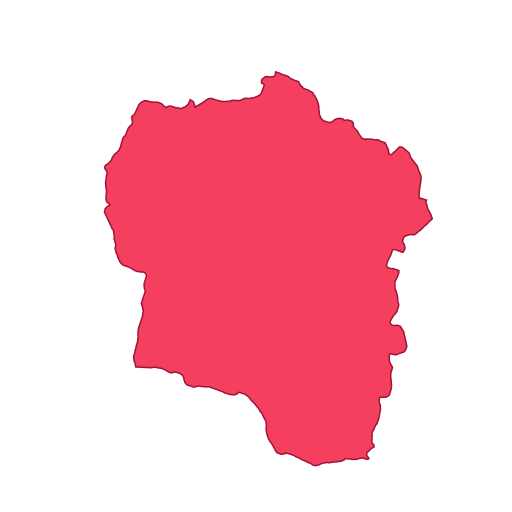 Atenas, Alajuela, Costa Rica, rotated 288°
{"feature_id": "36466004B19113363200971", "entity_name": "Atenas", "entity_type": "district", "adm_level": 2, "iso_a3": "CRI", "parent_name": "Costa Rica", "parent_adm1": "Alajuela", "projection": "mercator", "projection_center": [-84.397, 9.98], "detail": "fine", "context": "isolated", "style": "filled", "palette": "rose", "viewbox_px": 512, "rotation_deg": 288, "n_neighbors": 0, "source": "geoboundaries", "source_scale": "gbopen_adm2", "svg_char_len": 6081}
<svg xmlns="http://www.w3.org/2000/svg" viewBox="0 0 512 512"><g transform="rotate(288 256 256)"><path d="M361.9,400.9L361.8,394.0L361.1,393.9L361.3,393.3L365.0,392.0L373.0,390.4L379.3,389.4L382.3,388.5L384.1,387.5L387.5,384.3L391.5,381.5L397.5,372.6L401.3,369.8L403.0,365.8L404.2,362.8L404.6,360.6L404.2,358.9L400.2,356.7L398.2,355.9L397.0,354.8L395.8,354.4L394.4,353.5L394.0,352.6L394.0,351.1L398.5,348.7L398.8,348.2L399.4,348.0L400.0,346.9L401.6,345.8L403.6,343.8L403.7,338.1L404.1,337.7L404.1,335.6L403.0,332.4L402.9,330.3L401.4,324.8L401.2,324.2L400.6,323.9L400.7,320.5L403.6,316.5L406.1,313.9L408.5,309.4L410.8,307.8L412.2,307.7L413.8,305.5L413.8,301.2L412.4,298.3L412.4,297.5L413.1,296.8L412.9,293.3L412.1,291.4L411.0,289.8L409.8,288.6L407.2,287.1L405.9,285.2L405.5,283.9L405.5,278.1L407.0,275.5L407.1,274.9L408.8,274.0L409.0,273.4L412.0,271.7L412.7,271.7L414.2,270.6L414.9,270.6L415.3,270.3L417.3,269.7L418.4,268.9L419.1,268.8L423.9,265.2L425.8,262.9L426.7,262.3L427.1,261.0L428.9,259.5L428.9,258.8L429.3,258.2L429.3,256.1L430.0,254.8L430.0,249.8L430.8,247.9L431.4,247.6L431.9,245.7L433.0,244.8L433.7,243.6L435.0,242.6L435.0,237.5L435.4,236.2L435.4,234.0L436.8,230.9L436.8,223.7L437.2,222.3L437.2,217.8L433.1,218.5L432.0,217.1L431.9,216.7L431.5,216.5L431.0,214.8L430.6,214.3L429.9,210.3L429.2,209.3L426.9,207.9L426.7,207.5L425.9,207.2L423.6,207.2L422.5,207.7L422.1,208.2L422.0,210.1L421.2,210.9L420.4,211.1L411.8,210.7L409.5,209.3L405.8,205.0L405.2,203.5L403.9,201.4L402.5,196.4L400.1,194.2L398.6,192.2L398.3,190.6L398.0,190.3L397.8,189.0L397.0,186.5L396.9,185.6L395.1,183.0L394.5,181.8L394.2,180.5L392.8,177.9L392.8,176.6L392.4,175.3L392.1,172.6L392.1,165.3L391.9,164.0L390.6,161.9L389.8,161.2L384.3,157.0L381.0,154.0L378.8,152.3L379.2,151.7L380.4,151.2L380.6,150.8L382.7,149.4L383.6,148.1L384.3,145.2L379.0,144.6L378.0,143.7L375.8,142.6L374.7,140.8L374.2,140.6L373.2,139.4L372.9,138.3L372.9,136.5L372.3,134.6L372.3,129.0L371.7,127.2L370.9,125.9L369.4,124.8L369.9,122.5L371.7,119.1L371.9,115.3L370.1,108.7L369.8,103.5L369.1,101.8L366.9,99.5L363.9,97.9L353.8,96.8L350.4,94.9L348.5,95.1L348.0,95.7L345.0,97.2L342.5,97.4L341.6,96.5L338.4,95.1L330.0,94.5L329.2,93.8L327.1,93.0L320.4,93.2L318.7,93.4L315.0,93.2L311.8,91.9L308.7,89.8L307.3,89.6L305.6,88.9L302.6,88.9L298.6,87.2L295.8,84.8L293.5,84.6L292.4,85.3L290.7,87.7L289.1,88.7L284.5,89.2L280.4,90.2L278.9,90.3L277.0,91.3L275.6,91.7L272.3,93.5L270.1,94.2L268.4,94.4L263.1,96.0L260.9,97.9L260.4,100.0L259.8,101.1L259.0,101.0L258.1,100.0L254.7,98.0L250.9,98.3L238.5,110.0L238.0,110.1L236.7,112.0L235.8,112.7L230.9,115.2L227.8,115.9L227.1,116.8L224.4,118.4L223.7,119.1L222.4,119.5L220.2,119.5L219.6,119.7L219.3,120.2L218.0,120.6L217.3,121.3L215.5,122.1L215.2,122.7L213.9,123.9L211.4,125.4L211.1,126.1L208.5,128.3L207.0,130.5L206.9,131.2L206.2,132.4L206.2,138.2L205.4,142.9L204.7,144.8L204.7,149.1L205.1,149.7L205.2,151.8L205.8,153.1L205.8,155.3L204.7,157.0L203.6,157.8L203.1,158.0L195.2,158.1L191.3,159.5L188.5,161.6L175.5,161.6L174.5,162.7L173.8,162.7L173.5,163.3L172.3,163.8L172.0,164.4L170.2,164.8L169.9,165.3L168.9,165.9L166.7,165.9L164.9,166.6L150.5,166.6L145.7,167.7L142.6,169.0L140.5,169.2L139.9,169.5L138.5,169.5L137.9,169.9L132.9,169.9L131.6,170.2L128.7,170.2L127.3,170.6L122.3,170.6L118.0,172.8L116.4,174.4L114.6,175.1L113.7,176.0L113.3,176.0L117.4,191.1L119.0,193.7L119.3,197.1L119.6,198.4L119.7,199.8L119.9,200.0L119.9,202.8L119.4,206.3L118.8,207.7L118.5,211.3L119.4,212.9L120.3,213.7L120.8,215.8L120.8,219.9L119.9,222.8L119.0,224.1L115.5,226.2L114.3,227.3L113.9,227.3L112.5,229.3L112.1,230.4L112.1,237.3L112.3,238.1L113.1,238.9L114.6,241.5L115.8,248.0L117.1,251.5L116.6,266.7L116.2,268.0L116.2,273.8L117.3,278.5L119.1,280.7L119.8,280.7L121.1,281.8L121.2,288.1L119.7,292.6L117.0,296.4L116.0,298.9L111.5,306.0L109.4,308.0L108.9,309.2L107.6,310.9L106.5,311.7L105.6,312.8L105.0,313.0L104.3,314.2L103.7,314.5L102.8,315.6L101.5,316.7L100.3,317.4L99.6,317.4L98.0,318.4L95.9,318.6L93.3,319.6L90.9,320.9L90.5,321.4L89.8,321.5L86.0,324.4L83.7,326.9L82.6,328.7L76.1,335.6L75.2,337.4L75.3,341.6L76.6,344.0L77.2,344.3L77.3,345.0L77.7,345.3L77.7,346.0L78.1,346.4L78.1,353.6L77.3,356.4L77.3,358.5L76.3,364.1L76.3,367.0L75.9,367.6L75.5,372.5L74.8,374.3L74.9,377.2L76.5,380.0L78.4,381.9L80.6,385.2L81.0,386.5L81.7,387.3L82.0,389.8L82.4,390.1L87.2,400.5L88.4,401.8L89.3,402.8L89.8,402.8L90.9,404.0L91.8,406.9L92.3,410.3L92.8,412.0L93.4,413.2L93.5,414.0L96.4,418.5L96.9,420.2L96.9,424.4L97.8,425.8L98.2,426.0L98.9,425.4L100.2,423.4L101.1,422.6L102.9,422.3L108.6,425.1L110.7,427.2L111.6,427.2L113.0,426.2L113.9,424.4L114.4,423.9L116.0,423.3L117.8,422.9L119.0,422.3L121.6,421.9L122.2,421.2L126.3,421.2L126.9,421.6L129.2,421.7L132.8,422.3L133.4,422.8L139.7,423.0L149.4,421.6L151.0,420.7L152.6,420.4L155.2,418.1L158.7,417.3L159.5,417.3L160.1,418.1L161.7,422.7L162.3,423.8L163.9,425.1L165.1,425.8L171.9,425.6L174.9,424.9L177.7,423.6L178.6,423.5L181.4,421.9L184.6,420.9L185.1,420.5L191.9,420.3L193.2,419.4L194.6,417.6L197.2,415.4L203.1,413.3L204.6,414.0L205.1,419.3L205.8,420.0L206.0,420.8L207.2,421.9L210.3,426.2L212.2,427.2L216.3,427.4L217.1,427.2L230.0,419.6L231.4,417.5L231.8,417.3L231.8,416.9L233.4,415.7L233.9,414.5L233.7,411.3L232.3,408.3L232.3,406.9L232.8,405.7L234.1,403.9L235.5,403.9L240.3,404.8L242.8,405.5L244.0,406.4L245.7,406.7L246.4,407.1L252.4,407.1L254.1,406.7L254.7,406.3L255.1,405.7L261.3,403.0L265.5,400.4L265.9,399.8L266.4,399.7L266.9,399.1L268.5,398.1L273.1,396.3L275.9,396.3L280.3,397.0L284.4,397.0L285.9,396.5L286.0,396.1L286.4,396.1L286.4,390.5L285.7,388.2L285.7,385.0L286.3,383.9L287.6,382.9L292.2,382.9L298.9,383.9L303.5,383.9L304.2,384.3L304.8,385.3L305.1,386.5L304.8,394.3L305.4,394.9L309.5,395.4L312.7,393.5L314.5,391.3L315.2,390.8L319.8,390.8L321.4,391.9L321.4,392.4L323.1,394.4L324.4,397.1L325.1,400.0L326.6,401.3L330.6,403.5L330.7,403.9L331.3,404.4L331.8,404.4L332.0,404.8L333.2,405.1L333.4,405.5L336.3,406.8L338.3,408.3L343.2,410.5L343.9,411.2L345.2,411.5L345.8,412.2L349.8,409.2L353.8,404.9L357.6,402.5L359.5,401.0L360.3,400.8L361.9,400.9Z" fill="#f43f5e" stroke="#9f1239" stroke-width="1.5"/></g></svg>